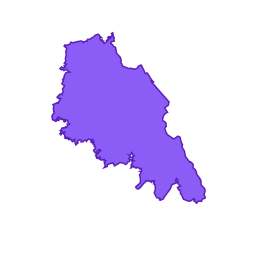 Tulkarm, West Bank, Palestine (Robinson projection), rotated 137°
{"feature_id": "87354302B17069565895340", "entity_name": "Tulkarm", "entity_type": "district", "adm_level": 2, "iso_a3": "PSE", "parent_name": "Palestine", "parent_adm1": "West Bank", "projection": "robinson", "projection_center": [35.087, 32.327], "detail": "fine", "context": "isolated", "style": "filled", "palette": "violet", "viewbox_px": 256, "rotation_deg": 137, "n_neighbors": 0, "source": "geoboundaries", "source_scale": "gbopen_adm2", "svg_char_len": 5914}
<svg xmlns="http://www.w3.org/2000/svg" viewBox="0 0 256 256"><g transform="rotate(137 128 128)"><path d="M151.5,85.9L153.3,82.7L155.7,80.1L157.1,79.5L162.4,79.7L162.9,79.0L162.7,77.1L161.8,76.2L159.6,76.0L153.7,76.9L152.6,76.5L151.7,76.7L150.8,77.4L148.9,74.6L148.5,74.7L147.4,73.4L148.0,72.8L147.9,72.3L146.8,72.6L146.4,71.9L145.6,72.1L145.6,71.7L145.0,72.0L144.7,71.3L147.4,69.7L146.9,68.3L149.5,64.7L153.1,62.6L154.5,57.7L152.7,54.6L154.0,54.0L153.6,53.1L150.3,52.0L149.7,52.6L138.7,54.6L134.4,56.6L129.6,54.6L129.1,55.0L129.6,56.2L128.4,57.0L128.8,57.5L126.9,58.0L127.4,55.3L128.7,54.3L129.4,53.0L129.1,51.4L129.4,49.6L130.9,50.7L132.6,50.6L133.1,47.8L132.4,46.9L133.9,44.5L134.5,44.1L134.3,43.7L134.7,41.7L136.0,38.2L134.1,34.0L132.7,32.3L130.6,31.6L129.6,31.8L127.9,31.4L128.2,30.1L128.8,30.5L129.6,29.3L129.0,28.0L129.2,26.7L128.9,26.1L127.2,26.6L126.1,26.3L124.3,24.2L123.9,24.6L121.8,25.2L120.1,24.3L119.0,24.3L117.7,27.6L114.8,29.1L113.3,31.1L113.3,36.2L112.7,37.4L111.0,39.2L111.0,39.9L110.6,40.0L110.4,41.0L109.9,41.2L110.3,42.1L109.7,43.3L109.4,46.9L107.7,50.0L107.2,51.8L107.6,54.5L105.9,56.0L105.0,57.8L105.4,60.8L106.2,60.9L105.4,68.1L102.3,73.0L102.1,75.3L101.1,77.4L100.6,77.8L100.6,78.4L99.4,78.8L99.3,79.8L98.1,82.6L96.2,85.8L97.2,88.1L100.5,88.4L102.1,89.0L103.8,96.6L103.1,98.3L103.2,98.9L101.6,102.4L99.8,103.1L98.9,103.0L98.4,104.2L97.7,104.5L97.0,105.7L96.7,106.9L97.5,109.5L96.5,111.1L93.1,113.0L89.8,113.0L88.4,112.5L87.4,117.7L82.9,117.2L80.2,119.2L79.7,138.1L79.4,140.6L79.6,140.6L79.5,144.9L79.1,144.9L78.9,147.1L78.5,147.0L78.8,144.6L78.0,144.2L77.9,147.5L76.4,154.9L76.7,155.4L78.2,156.0L75.4,164.7L75.8,165.4L77.9,166.0L78.9,166.0L80.0,165.3L82.8,166.2L83.5,167.5L84.2,167.9L85.1,169.9L86.6,170.5L89.8,177.1L88.9,178.8L88.4,181.2L86.9,182.0L85.4,185.1L85.4,190.4L82.2,195.4L82.8,197.5L82.6,200.9L82.8,201.8L81.2,202.5L78.9,200.9L77.8,202.6L76.8,203.1L76.3,204.0L76.6,204.5L74.2,208.0L75.7,208.4L76.3,206.2L78.8,206.8L79.6,207.9L81.2,207.9L81.4,206.9L79.0,206.1L78.9,205.6L81.3,206.4L81.4,205.9L82.2,206.2L82.9,205.6L83.6,205.7L83.2,206.5L84.1,206.6L84.4,205.9L86.0,205.6L87.8,206.3L87.7,206.8L86.6,208.1L87.8,208.6L86.7,210.4L87.8,210.2L88.2,211.2L87.3,212.9L85.7,212.4L86.0,213.7L85.7,215.8L85.9,216.8L86.4,217.3L88.8,218.2L91.6,218.0L92.8,218.7L95.1,218.7L97.2,220.5L98.6,219.4L99.2,220.1L100.8,220.8L102.5,221.0L102.1,222.0L103.0,223.7L107.6,226.6L108.8,226.7L109.1,227.4L110.3,228.1L111.2,229.7L111.9,229.7L113.3,228.8L114.8,229.7L116.8,230.4L117.3,231.7L118.1,231.8L119.0,231.1L118.5,229.5L118.2,229.4L118.5,228.3L119.6,227.3L121.3,226.5L122.8,224.1L126.5,221.4L128.0,219.3L130.3,218.9L129.3,216.7L129.9,216.4L132.0,217.3L132.5,215.2L134.7,216.7L134.9,217.9L137.3,217.8L137.0,215.9L135.5,214.9L135.7,213.7L133.2,212.8L132.4,208.6L134.4,210.2L135.8,210.7L138.9,209.9L139.7,208.8L140.8,208.7L141.2,207.9L142.9,208.0L143.5,206.4L146.1,205.6L146.1,203.5L145.5,202.4L147.2,201.5L149.0,201.5L151.0,198.3L152.6,198.3L153.4,197.3L153.7,198.1L154.8,199.2L158.7,199.0L159.1,198.2L158.7,197.8L158.8,197.0L157.9,196.9L157.2,195.3L158.1,195.4L158.8,194.8L161.5,194.3L162.1,194.6L162.2,194.0L163.1,194.9L166.9,196.3L167.1,194.9L169.1,193.3L171.0,190.9L170.8,190.2L171.1,189.8L175.4,188.7L175.6,188.0L176.3,187.4L176.2,187.0L177.4,186.0L177.3,184.5L176.3,183.9L176.7,182.5L175.6,181.9L174.3,181.9L173.8,181.0L173.3,180.8L172.6,182.3L173.9,183.3L171.4,183.6L170.8,181.7L171.5,180.7L170.5,179.3L170.1,179.9L169.6,179.5L169.5,178.8L169.7,178.3L169.2,177.6L170.4,176.7L170.4,175.9L169.1,175.2L168.2,176.8L167.1,175.4L167.4,173.9L168.8,171.6L168.0,170.8L168.5,170.6L169.9,172.3L170.9,170.7L172.6,170.4L172.9,171.4L174.0,171.0L174.2,171.7L175.5,172.1L175.4,172.4L176.5,173.0L178.0,172.2L179.4,172.4L179.4,171.7L178.4,171.3L179.1,170.6L179.7,170.9L180.3,170.6L180.5,169.8L181.6,170.3L181.8,169.7L181.3,169.5L181.6,168.8L177.7,169.0L176.3,167.7L177.4,168.2L178.3,168.1L179.2,167.2L178.9,165.7L179.9,165.3L179.7,164.4L180.9,163.9L181.1,163.3L180.2,162.3L179.6,162.8L178.8,162.6L178.3,161.6L178.0,160.7L179.2,161.3L179.3,160.0L178.3,160.0L178.3,159.2L177.5,159.1L177.9,157.2L177.5,156.3L177.9,156.3L177.9,155.8L176.9,155.8L176.5,156.4L176.0,156.5L174.7,156.2L175.6,155.6L175.7,154.9L175.9,155.5L176.3,154.8L176.2,154.2L177.7,151.3L174.6,151.2L174.7,152.3L172.8,153.0L172.5,152.4L171.5,152.4L170.8,151.1L171.8,149.8L170.4,148.6L168.8,148.9L167.0,147.6L167.5,146.6L164.6,146.9L164.0,146.6L163.5,144.0L164.8,142.6L164.3,141.9L163.2,142.4L162.4,144.2L161.6,143.6L162.5,142.4L162.4,140.7L164.5,140.3L164.0,138.5L164.4,138.5L164.8,137.6L165.2,137.6L164.8,136.4L166.1,135.2L167.5,135.4L168.7,134.8L168.8,131.9L168.5,131.0L169.0,130.5L167.9,130.4L166.6,130.9L167.2,131.4L166.5,132.2L165.9,132.3L164.5,132.0L164.2,132.2L163.7,131.9L163.2,131.0L163.4,130.5L163.9,130.5L163.6,130.1L164.0,129.9L165.5,130.3L166.1,130.0L166.8,130.4L166.7,130.0L167.2,129.8L170.4,130.1L170.7,129.9L170.3,128.8L171.5,127.5L171.1,126.6L170.3,126.6L170.1,125.8L168.1,126.0L168.1,125.6L168.7,125.3L170.1,125.0L169.4,122.7L167.9,122.3L168.1,121.5L166.7,121.1L167.1,120.1L166.7,119.3L168.4,119.6L168.3,118.9L169.4,118.3L169.4,117.5L170.7,115.7L172.5,115.3L169.3,114.0L167.8,115.3L163.2,113.1L162.6,112.6L163.1,112.1L163.6,109.4L157.5,108.1L155.3,105.6L154.7,103.0L153.2,102.7L151.4,103.3L149.9,102.5L148.8,103.0L148.3,105.2L147.0,105.2L146.5,104.5L145.5,104.5L145.7,107.5L145.3,106.9L144.2,106.8L142.0,107.4L143.0,104.4L142.4,104.0L142.4,103.4L144.5,103.6L145.2,103.0L144.9,102.7L145.1,102.4L145.7,102.6L146.0,101.9L147.4,102.8L146.3,100.5L147.6,101.4L147.9,101.2L147.5,100.6L148.2,99.7L149.2,99.2L150.4,99.2L150.7,98.3L151.5,98.2L151.7,97.4L153.1,96.9L152.3,96.5L150.8,97.3L150.2,96.9L150.3,96.5L150.7,96.5L150.5,95.6L149.7,95.2L149.8,93.7L149.1,93.0L148.4,93.3L147.3,91.3L147.3,89.7L146.2,89.6L146.2,88.6L147.1,87.4L147.6,87.3L148.7,88.0L148.3,87.1L150.1,86.1L151.5,85.9Z" fill="#8b5cf6" stroke="#5b21b6" stroke-width="1.5"/></g></svg>